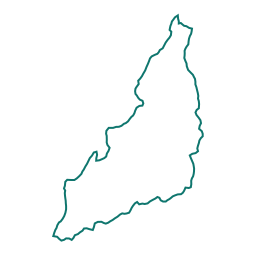 Ipuiúna, Minas Gerais, Brazil
{"feature_id": "56859067B76298814217950", "entity_name": "Ipuiúna", "entity_type": "district", "adm_level": 2, "iso_a3": "BRA", "parent_name": "Brazil", "parent_adm1": "Minas Gerais", "projection": "albers", "projection_center": [-46.134, -22.005], "detail": "fine", "context": "isolated", "style": "outline", "palette": "teal", "viewbox_px": 256, "rotation_deg": 0, "n_neighbors": 0, "source": "geoboundaries", "source_scale": "gbopen_adm2", "svg_char_len": 2851}
<svg xmlns="http://www.w3.org/2000/svg" viewBox="0 0 256 256"><path d="M92.8,230.0L93.9,227.1L94.8,223.4L97.8,221.9L101.5,221.8L103.8,223.0L105.8,223.6L108.2,222.7L110.2,221.3L112.6,220.0L114.9,218.3L117.5,216.7L120.1,214.5L122.2,213.4L124.4,213.8L126.5,213.5L129.1,212.7L130.5,210.3L131.7,207.8L133.0,205.8L134.9,203.4L137.1,202.0L139.2,204.3L142.3,203.6L144.7,204.0L147.6,203.4L150.0,201.4L152.5,200.0L155.4,198.5L157.4,197.0L159.4,197.8L160.7,200.3L163.0,201.5L165.8,201.5L167.4,200.2L169.4,199.1L171.1,197.8L172.7,196.4L174.7,195.5L177.7,194.4L181.0,194.2L182.8,192.8L184.1,190.8L185.5,187.6L188.8,188.0L190.8,187.2L191.3,184.2L191.2,180.7L191.9,178.4L193.1,176.3L193.7,173.8L194.0,171.4L194.1,168.6L193.7,166.0L193.3,163.8L192.2,161.2L190.9,158.2L189.8,155.4L192.3,153.8L195.6,153.1L198.0,151.2L197.3,148.4L197.9,146.0L198.9,142.9L199.4,140.5L200.8,138.2L202.7,136.3L202.7,133.8L201.8,131.2L199.1,128.8L199.7,125.8L201.0,123.2L200.4,120.2L198.6,117.6L196.5,115.0L195.5,112.4L196.7,109.9L198.8,108.3L199.1,104.1L198.8,101.1L198.0,98.6L198.3,95.9L197.8,93.0L197.1,90.2L196.4,87.2L195.4,84.4L195.4,81.7L195.0,78.9L193.9,76.9L192.9,74.8L190.7,72.6L188.1,69.9L186.8,66.3L186.5,63.4L185.5,61.2L184.3,58.0L184.6,55.5L184.7,53.2L184.6,50.8L185.4,48.7L186.6,46.6L188.3,44.4L188.6,41.3L189.0,38.7L189.9,36.0L191.1,33.8L191.6,31.5L192.0,28.6L189.1,27.9L186.4,26.2L184.1,25.8L182.4,24.4L180.8,23.0L178.8,23.5L178.8,21.3L178.1,18.8L177.8,15.4L174.9,17.4L173.5,19.4L171.9,21.5L171.3,23.8L170.4,26.0L169.6,29.9L171.3,31.7L170.9,35.2L169.5,37.6L167.8,39.6L165.7,42.5L164.2,45.4L162.7,48.3L159.8,50.1L158.8,52.1L157.4,53.8L154.9,54.8L151.7,56.4L150.0,58.4L149.2,60.7L148.0,63.7L146.5,67.0L145.2,70.4L143.2,73.8L142.0,76.1L140.2,78.6L138.2,80.7L138.7,84.0L136.7,86.7L135.5,88.6L135.1,91.2L135.5,93.9L136.9,95.6L138.2,97.8L139.8,99.6L142.5,100.8L143.3,103.4L142.4,105.6L139.4,105.9L136.6,107.7L135.2,110.7L134.4,113.2L133.1,115.5L131.4,116.9L129.7,119.0L128.0,121.4L125.8,123.1L123.9,123.8L121.5,125.8L118.9,126.8L116.1,126.9L113.0,127.9L108.7,127.9L106.4,130.8L106.1,133.7L106.7,135.9L106.8,139.8L106.7,142.4L107.4,144.9L109.6,147.8L108.5,150.9L106.9,153.5L106.2,156.5L104.3,158.1L101.9,159.2L99.3,160.3L96.2,160.7L96.3,158.2L97.1,154.8L96.5,151.7L93.8,152.5L92.0,155.6L89.8,158.1L88.4,161.0L87.1,163.7L85.3,166.6L83.8,169.5L82.4,171.5L81.4,173.9L79.1,176.3L76.8,178.4L74.4,180.0L71.1,180.0L67.2,179.8L65.3,181.8L64.9,185.8L64.0,188.4L65.2,190.6L64.8,193.0L65.0,195.6L65.3,198.1L65.7,200.8L65.8,203.1L66.1,206.0L66.1,209.3L65.4,212.8L64.2,216.1L62.6,218.9L60.7,221.4L59.0,222.4L57.3,225.3L56.5,228.0L55.4,229.8L54.3,232.7L53.3,236.1L57.2,236.8L59.3,239.0L61.4,240.6L64.1,239.8L66.1,238.4L69.2,238.5L71.7,239.9L73.4,238.0L74.9,235.2L77.9,234.1L80.0,232.3L82.5,230.7L84.0,228.5L86.7,228.3L89.5,229.2L92.8,230.0Z" fill="none" stroke="#0f766e" stroke-width="2"/></svg>